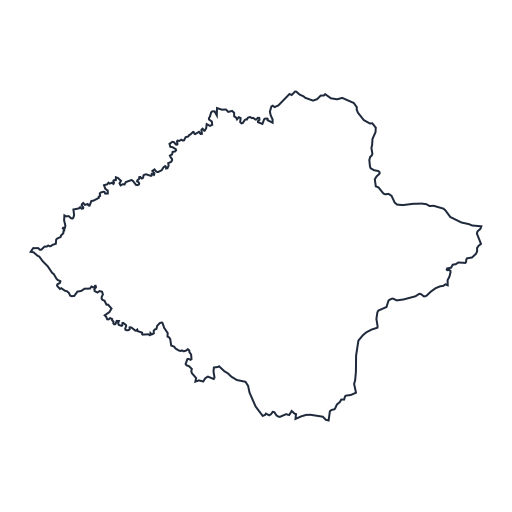 outline of Faratsiho, Vakinankaratra, Madagascar
{"feature_id": "10022922B80317071360034", "entity_name": "Faratsiho", "entity_type": "district", "adm_level": 2, "iso_a3": "MDG", "parent_name": "Madagascar", "parent_adm1": "Vakinankaratra", "projection": "mercator", "projection_center": [46.848, -19.419], "detail": "fine", "context": "isolated", "style": "outline", "palette": "slate", "viewbox_px": 512, "rotation_deg": 0, "n_neighbors": 0, "source": "geoboundaries", "source_scale": "gbopen_adm2", "svg_char_len": 6027}
<svg xmlns="http://www.w3.org/2000/svg" viewBox="0 0 512 512"><path d="M328.6,420.5L329.9,411.2L331.6,409.9L334.1,409.4L335.0,408.7L336.9,404.5L339.8,402.1L341.3,399.5L344.2,399.5L345.0,396.4L346.0,395.6L350.8,395.0L356.0,392.7L354.1,383.9L355.1,380.5L355.9,372.0L356.1,355.5L358.4,340.6L362.8,335.3L366.2,332.4L371.5,329.6L377.4,327.7L377.6,326.3L376.4,318.9L377.4,312.3L378.3,310.6L386.5,307.0L388.4,300.9L389.1,300.0L391.9,298.7L393.1,298.6L396.6,300.4L403.4,299.5L415.4,296.3L419.3,293.8L421.3,294.3L423.7,296.3L425.2,296.3L426.9,295.4L430.6,291.8L435.6,288.2L440.2,286.3L443.2,285.9L445.4,284.3L447.7,285.3L447.6,280.2L449.5,276.4L450.5,272.4L450.5,271.0L449.4,270.0L447.3,270.2L446.7,269.6L447.2,268.4L451.1,267.7L452.7,264.7L455.7,264.2L458.4,262.5L465.4,262.9L466.1,261.8L466.3,259.4L467.1,258.3L472.0,257.5L475.9,253.9L477.1,251.5L477.1,247.9L478.7,245.7L481.0,243.9L476.9,233.6L477.5,231.4L480.4,228.8L481.3,226.3L472.2,225.5L468.8,224.1L461.4,222.5L450.3,217.0L445.2,210.1L443.3,208.6L433.7,205.8L429.5,206.0L426.4,204.2L421.8,203.6L413.2,203.8L402.7,205.1L397.1,204.6L394.7,202.6L391.5,195.8L388.6,193.9L385.1,194.3L383.4,193.5L378.4,187.3L375.8,186.4L374.8,179.3L376.5,176.5L379.2,174.0L379.7,173.1L379.4,171.9L378.1,171.0L374.0,170.2L370.7,168.3L370.0,166.7L369.3,159.9L370.3,156.7L371.6,155.7L372.4,153.9L371.4,147.9L372.1,145.1L372.5,138.9L375.5,132.2L375.8,127.7L372.3,123.3L369.9,123.5L363.8,120.1L358.0,112.8L356.7,109.7L356.8,107.2L353.8,103.0L342.2,97.9L337.1,99.3L330.9,98.3L325.2,94.2L323.8,95.5L320.7,95.6L317.1,99.2L313.0,100.6L305.2,97.8L303.5,96.3L299.8,94.7L296.2,91.6L295.1,91.5L291.7,95.0L289.5,94.0L278.4,105.4L274.7,107.1L272.7,105.7L271.4,106.5L269.9,111.6L270.6,115.0L272.6,119.6L272.6,122.7L267.6,120.2L267.7,119.0L267.1,118.5L264.8,118.7L264.2,119.2L262.4,123.9L258.0,122.2L257.9,121.3L259.5,119.8L259.2,117.9L257.8,117.8L256.4,119.4L255.6,119.6L253.2,117.9L251.9,118.1L250.0,117.0L247.8,117.8L246.9,119.5L246.1,119.3L244.8,120.0L242.8,123.0L241.5,123.4L240.2,122.1L240.6,118.1L238.7,117.2L237.0,119.4L236.0,117.5L234.2,116.4L234.1,112.8L232.1,110.9L228.3,111.9L225.9,109.5L222.0,109.7L217.0,108.1L216.8,115.4L214.6,111.4L212.4,111.3L211.1,112.4L210.0,116.4L208.9,118.3L209.0,119.5L211.8,121.5L212.2,124.8L210.0,125.9L206.7,124.1L206.2,128.1L204.9,130.5L204.3,130.8L202.6,128.7L201.4,129.8L201.9,133.8L200.6,134.0L199.0,131.8L195.2,134.1L194.5,133.8L193.6,132.0L193.1,131.9L190.3,134.6L189.4,134.8L188.2,136.5L185.6,137.2L184.0,140.4L183.0,140.6L181.3,139.7L179.3,140.9L177.5,140.6L177.0,141.4L177.5,144.1L177.0,144.7L175.8,144.4L174.0,142.2L172.5,141.8L169.5,143.8L170.3,146.8L172.5,147.2L175.8,149.2L176.1,150.2L175.2,151.4L172.6,151.9L172.1,154.4L169.9,155.6L170.8,157.6L171.9,158.7L172.1,160.2L171.1,161.9L168.2,163.2L168.6,165.7L167.4,168.3L166.1,168.5L165.7,166.4L165.1,166.1L163.5,167.3L161.7,170.2L158.0,172.1L156.4,171.7L154.5,169.4L152.4,170.9L154.4,173.5L154.0,174.9L151.8,173.9L151.6,175.6L151.0,175.9L146.1,174.3L144.1,174.8L143.5,175.5L143.1,177.7L142.5,178.3L141.5,178.5L140.4,177.0L139.3,177.1L139.1,178.9L137.3,180.4L137.1,181.4L138.6,182.2L139.2,183.6L138.8,184.5L137.7,185.1L136.0,184.9L133.1,181.1L131.5,180.0L125.8,182.1L124.5,184.5L122.8,184.2L120.6,185.4L119.5,183.4L121.0,180.8L117.9,178.0L115.9,177.3L115.8,180.1L113.9,180.2L113.3,181.0L114.0,182.8L113.4,183.9L111.8,182.8L109.7,183.6L108.5,182.7L107.3,184.3L104.0,185.2L105.3,188.8L107.7,190.6L107.8,193.5L105.2,193.6L104.5,192.0L103.6,191.7L101.0,192.4L99.8,193.4L100.1,195.9L98.7,196.7L98.8,197.9L93.4,200.7L91.4,200.9L89.6,205.6L88.5,205.5L87.7,204.0L84.9,204.9L83.2,203.0L81.9,204.2L81.7,205.4L83.3,207.4L83.1,208.4L81.6,208.7L80.1,207.2L78.9,208.4L73.4,209.5L74.1,215.0L73.3,217.8L72.5,218.5L71.1,218.3L68.8,216.2L65.9,216.3L64.4,215.4L64.1,220.4L65.4,225.7L64.8,228.0L63.2,227.7L62.8,228.3L64.2,229.6L64.3,230.5L63.5,231.0L63.3,233.3L61.1,235.4L60.6,237.0L57.1,238.6L56.2,239.6L55.8,243.8L52.7,244.8L50.8,246.1L49.9,246.3L48.2,245.5L46.7,246.6L44.5,246.6L41.3,249.7L40.0,249.8L38.2,248.1L33.2,248.1L30.7,251.8L33.6,252.3L37.6,255.8L39.3,256.6L42.6,261.1L47.8,266.4L52.3,273.1L53.6,273.8L56.4,278.6L57.6,279.9L60.4,281.2L60.0,282.8L57.3,284.4L57.1,285.7L57.7,286.5L59.9,288.9L61.3,288.2L64.7,290.6L67.2,291.4L68.9,292.9L70.2,295.7L71.8,296.2L74.3,295.9L77.4,291.6L81.1,291.0L84.6,288.7L89.9,288.6L91.5,286.5L93.2,287.4L94.3,287.3L95.0,285.8L95.6,285.8L96.0,287.2L94.3,289.4L94.7,291.1L97.5,292.5L99.5,291.1L102.0,291.7L102.9,294.3L101.7,297.0L101.6,298.6L102.5,299.9L104.5,300.7L106.5,304.7L108.1,304.7L111.5,308.5L109.4,312.1L104.7,315.3L106.2,316.8L107.2,319.3L108.6,319.4L110.1,318.1L112.2,319.1L112.1,320.3L113.5,321.6L113.3,323.3L114.2,324.3L115.4,324.1L116.7,320.9L118.9,321.0L118.1,323.1L118.8,324.9L121.7,325.9L122.2,325.4L122.5,323.0L123.3,322.9L126.0,325.1L126.2,325.8L125.2,328.6L125.4,329.7L126.2,330.1L127.8,330.3L129.1,329.8L129.7,329.2L129.6,327.4L130.4,327.3L131.5,327.6L135.3,330.6L136.0,330.8L137.2,329.6L137.8,331.2L142.1,332.6L142.1,334.1L142.6,334.6L148.4,334.3L149.7,335.2L150.4,334.8L150.5,333.1L151.8,334.4L153.8,333.4L153.7,330.8L154.9,329.4L156.4,329.0L157.2,325.8L159.9,323.0L161.8,322.5L162.5,323.0L164.2,327.9L167.7,333.1L167.5,336.6L169.0,337.3L170.2,339.0L171.2,345.5L174.2,346.7L175.5,348.5L178.8,350.5L180.7,351.0L182.0,350.4L183.7,351.3L186.3,350.5L187.8,349.2L189.3,350.5L189.4,352.1L191.1,354.5L191.5,359.1L190.6,359.8L188.4,358.9L187.4,359.1L185.6,364.0L186.6,365.4L188.9,366.1L191.8,368.9L191.3,371.1L191.8,373.1L196.1,378.0L195.4,381.6L198.8,380.4L203.2,381.5L205.4,378.1L207.9,376.6L213.7,379.0L214.5,377.4L213.5,371.4L213.9,367.5L217.8,367.0L219.1,366.3L224.3,371.2L227.8,373.3L231.4,376.7L236.8,380.0L245.5,381.8L248.1,385.9L249.5,392.5L255.6,406.5L262.7,415.9L265.1,414.9L265.9,413.6L269.2,415.3L270.9,414.3L272.8,411.8L274.4,412.2L276.4,415.3L277.9,416.4L279.8,416.9L286.0,414.2L289.2,415.0L291.7,411.0L294.5,413.6L296.0,414.1L295.5,418.9L301.4,416.3L306.2,414.9L310.6,414.8L322.8,416.7L325.8,419.8L328.6,420.5Z" fill="none" stroke="#1e293b" stroke-width="2"/></svg>